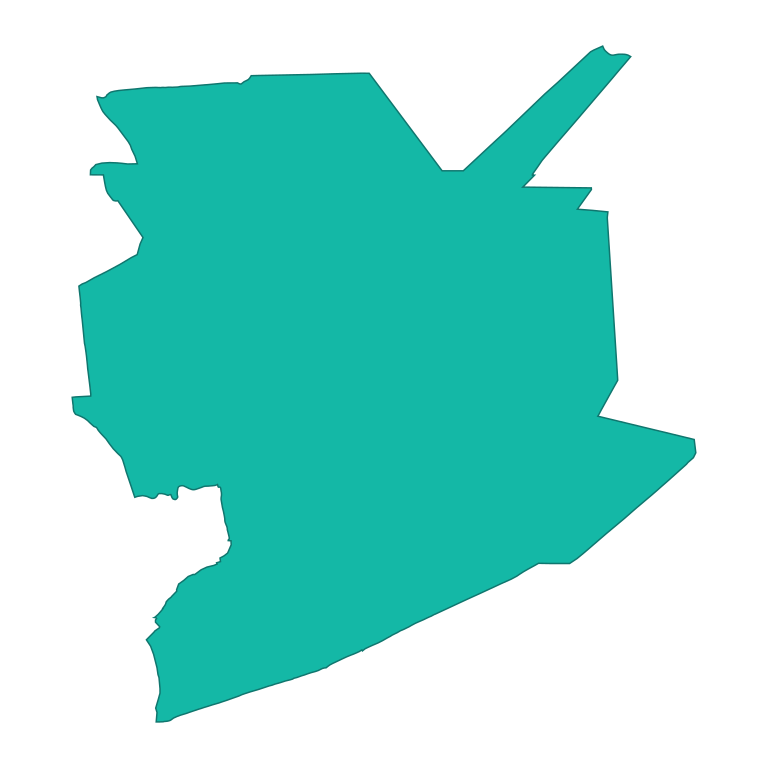 outline of Bolintin-Deal, Giurgiu, Romania
{"feature_id": "2599482B7504561423592", "entity_name": "Bolintin-Deal", "entity_type": "district", "adm_level": 2, "iso_a3": "ROU", "parent_name": "Romania", "parent_adm1": "Giurgiu", "projection": "equal_earth", "projection_center": [25.812, 44.45], "detail": "fine", "context": "isolated", "style": "filled", "palette": "teal", "viewbox_px": 768, "rotation_deg": 0, "n_neighbors": 0, "source": "geoboundaries", "source_scale": "gbopen_adm2", "svg_char_len": 6003}
<svg xmlns="http://www.w3.org/2000/svg" viewBox="0 0 768 768"><path d="M156.2,721.9L159.7,721.9L161.9,721.8L163.0,721.8L164.1,721.5L166.5,721.3L167.8,721.1L169.0,720.8L169.9,720.5L170.6,720.2L171.3,719.7L173.6,718.0L175.2,717.3L176.9,716.5L178.4,716.0L180.1,715.3L181.4,714.9L183.7,714.2L186.7,713.3L189.4,712.3L198.3,709.3L201.3,708.4L203.9,707.5L207.9,706.3L212.2,704.9L219.1,702.9L221.6,702.0L226.5,700.4L233.8,697.8L238.9,696.0L242.0,694.6L244.9,693.6L247.1,692.9L249.8,692.0L255.6,690.3L258.7,689.4L265.0,687.3L269.2,685.9L272.0,685.2L275.0,684.1L278.3,683.2L280.4,682.6L285.3,681.0L290.2,679.8L292.8,679.0L293.7,678.3L296.9,677.5L301.9,675.7L304.3,675.0L307.9,673.7L311.3,672.6L315.4,671.5L318.3,670.5L320.9,669.2L322.6,668.4L324.6,667.9L326.1,667.8L328.1,666.2L329.7,665.0L332.5,663.5L335.7,662.0L339.5,660.2L342.2,658.9L346.7,656.8L351.1,655.0L353.5,654.1L357.0,652.6L359.6,651.4L361.0,650.4L361.9,650.0L362.4,650.9L363.8,649.8L365.2,648.7L368.5,647.1L372.7,645.2L378.1,642.9L382.6,640.6L387.3,637.9L390.5,636.2L392.0,635.2L397.8,632.3L399.0,631.6L400.5,630.7L402.3,630.0L404.5,629.0L406.9,627.8L409.0,626.8L411.2,625.5L412.7,624.7L415.3,623.3L418.2,622.0L423.5,619.7L427.0,618.0L429.6,616.8L431.1,616.2L432.4,615.5L434.2,614.5L435.3,614.1L467.1,599.3L474.8,595.8L481.4,592.8L501.0,583.7L511.1,579.2L516.9,576.1L519.2,574.5L523.7,571.6L527.9,569.2L531.9,567.0L535.2,565.2L538.5,563.3L550.2,563.5L569.6,563.5L577.1,558.5L584.5,552.4L606.3,533.6L624.6,518.3L630.4,513.2L636.7,507.7L652.1,494.7L656.5,490.9L661.1,486.8L666.5,482.1L680.5,469.6L686.4,464.3L688.0,462.4L691.7,459.2L693.4,457.7L695.8,452.8L694.2,439.5L678.6,435.7L597.8,416.2L598.9,414.4L601.4,409.7L604.1,404.8L611.6,391.2L617.7,380.3L617.6,378.1L616.6,362.4L607.3,218.3L607.3,217.3L607.9,211.9L592.7,210.4L577.4,209.2L579.2,206.6L591.4,189.6L591.3,187.9L522.8,187.1L534.5,175.2L533.0,175.2L533.4,174.8L532.5,174.2L537.5,167.1L542.1,160.4L545.1,156.8L559.7,139.7L575.2,121.8L583.4,112.2L593.8,100.0L612.0,78.7L619.8,69.4L625.3,63.0L630.7,56.6L628.0,55.1L625.9,54.5L624.4,54.3L621.9,54.2L619.2,54.2L617.3,54.4L614.2,55.0L613.0,55.2L611.5,55.1L609.6,54.4L607.7,53.0L606.8,52.2L605.5,51.0L604.3,49.6L603.9,48.8L602.7,46.1L593.7,50.1L590.6,51.8L557.9,82.3L544.8,94.0L506.5,130.7L490.7,145.3L463.3,170.8L442.1,170.8L369.2,73.3L362.0,73.2L335.1,73.8L311.0,74.5L258.8,75.5L251.2,75.7L249.8,77.9L248.4,79.5L246.4,80.6L244.1,81.7L241.8,83.5L241.0,84.0L239.7,83.9L238.6,83.5L237.7,82.9L224.6,83.0L216.9,83.8L207.2,84.7L204.3,84.9L196.0,85.6L189.8,86.1L181.7,86.4L180.4,86.5L178.1,87.0L174.0,87.2L172.1,87.3L170.8,87.2L169.0,87.2L167.2,87.3L165.7,87.5L162.3,87.4L160.5,87.6L157.4,87.5L155.9,87.4L152.7,87.5L146.9,87.7L142.3,88.2L135.1,89.0L123.8,90.0L118.9,90.5L114.4,91.2L110.8,92.1L109.3,93.0L106.8,95.1L106.3,96.2L105.8,96.8L104.8,97.3L103.3,97.9L101.5,97.8L97.0,96.6L97.3,98.2L97.5,99.6L99.4,104.2L101.0,107.9L102.1,110.1L103.0,111.7L105.2,114.5L110.3,120.1L115.7,125.3L117.7,127.6L128.1,141.5L130.3,145.2L131.7,149.2L135.1,156.3L137.4,163.8L127.7,164.0L121.7,163.3L117.1,162.9L109.7,162.6L101.9,163.1L95.8,164.6L93.9,166.7L92.0,168.2L90.6,170.0L90.4,174.8L103.4,174.9L104.7,182.6L105.5,186.7L106.4,190.3L107.8,193.4L110.8,197.4L112.6,199.7L113.3,200.4L115.3,200.9L116.9,200.9L117.8,200.7L143.0,237.5L140.1,244.0L137.2,254.6L131.3,257.6L119.4,264.7L106.4,271.7L94.3,277.7L85.7,282.6L82.1,284.0L78.9,286.1L79.4,290.9L80.2,297.8L80.7,303.3L80.6,305.2L81.0,307.9L81.4,312.6L81.8,316.6L82.2,319.7L83.1,329.0L84.5,343.4L85.1,346.1L86.0,352.3L86.5,356.2L86.9,360.1L87.4,365.0L87.7,368.7L88.1,371.7L88.9,378.1L89.9,386.2L90.8,394.4L90.7,396.1L75.9,396.9L72.2,397.3L72.5,400.2L72.9,403.7L73.2,405.8L73.2,407.6L73.5,409.8L73.7,411.1L74.5,412.7L75.6,414.3L78.0,415.2L81.3,416.6L84.4,418.2L87.4,420.4L90.5,423.4L93.9,426.4L96.2,427.3L96.9,428.0L98.3,430.4L100.9,433.5L106.0,438.9L109.3,443.6L113.3,448.8L117.8,453.5L120.8,456.3L121.6,457.6L122.7,459.9L125.1,467.7L126.1,471.4L131.3,486.8L134.2,495.6L134.8,497.3L136.2,496.8L137.9,496.3L140.0,496.0L142.5,495.6L143.7,495.8L144.9,496.0L146.8,496.4L147.6,496.7L149.1,497.4L150.4,497.9L151.7,498.4L153.0,498.4L154.1,498.2L155.1,497.8L156.0,497.1L156.8,496.2L157.9,494.4L158.5,493.8L158.7,493.7L159.5,493.6L160.6,493.6L162.0,493.6L165.0,494.2L166.6,494.9L167.5,495.2L168.0,495.3L168.7,495.1L169.4,494.8L170.1,494.6L170.8,494.6L171.9,497.3L172.3,498.0L172.7,498.6L173.0,498.9L173.4,499.1L174.1,499.3L174.7,499.5L175.5,499.5L176.3,499.1L177.1,498.2L177.7,497.2L177.7,496.7L177.3,494.8L177.2,492.5L177.5,490.4L177.9,488.1L178.1,487.6L178.5,486.9L179.0,486.5L179.6,486.2L180.4,485.9L181.5,485.7L183.1,485.7L184.1,486.1L186.7,487.3L189.1,488.5L191.2,489.3L192.3,489.6L193.2,489.7L194.7,489.6L195.9,489.3L198.0,488.6L199.7,488.0L201.7,487.3L203.7,486.5L205.2,486.2L208.2,486.1L212.8,485.7L214.6,485.5L215.9,485.2L217.5,484.5L218.1,486.8L218.7,487.2L219.4,487.1L219.8,487.1L220.1,487.2L220.4,487.5L220.6,488.0L220.8,489.0L221.1,491.1L221.4,492.5L221.5,494.0L221.5,495.2L221.3,496.5L221.1,498.0L221.1,499.6L221.4,501.3L222.5,507.7L223.4,511.2L224.4,516.3L224.8,518.9L224.8,520.0L224.9,521.1L225.2,522.4L225.6,523.5L226.3,525.3L226.8,526.4L227.0,527.2L227.2,528.0L227.3,529.0L227.3,529.8L227.5,530.4L228.1,532.7L228.9,536.0L229.2,537.4L229.3,538.3L229.2,538.8L228.7,539.5L228.2,540.1L228.2,540.6L231.0,540.8L231.2,544.8L227.6,553.1L223.8,556.0L220.0,558.0L220.5,561.6L216.6,562.8L217.1,564.0L213.9,565.4L206.9,567.1L201.1,569.8L194.8,574.5L193.0,574.5L188.2,576.5L183.9,580.3L178.7,584.0L176.6,589.7L176.7,591.2L171.7,596.4L171.0,597.3L168.9,598.9L167.9,599.9L167.1,600.8L166.3,601.7L166.0,602.6L165.7,603.7L165.3,604.6L164.3,606.2L162.7,608.4L163.0,608.6L161.6,610.4L159.9,612.4L158.1,614.4L155.0,617.2L154.4,617.5L155.9,617.7L156.6,618.5L155.5,620.0L155.5,622.2L159.7,626.7L159.4,627.8L154.8,631.0L154.0,632.1L146.4,639.8L150.6,646.2L153.6,654.3L157.0,667.7L158.0,674.6L159.0,677.6L160.0,688.6L160.0,693.2L158.3,699.3L155.7,708.1L157.0,712.5L156.2,721.9Z" fill="#14b8a6" stroke="#0f766e" stroke-width="1.5"/></svg>